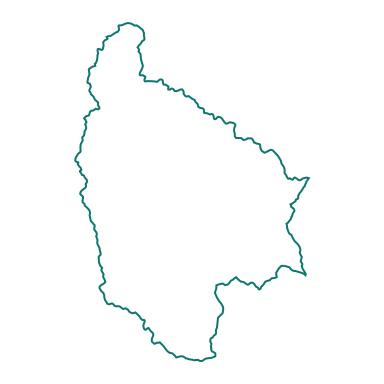 Chincheros, Apurímac, Peru
{"feature_id": "86281439B64035093047752", "entity_name": "Chincheros", "entity_type": "district", "adm_level": 2, "iso_a3": "PER", "parent_name": "Peru", "parent_adm1": "Apurímac", "projection": "albers", "projection_center": [-73.672, -13.454], "detail": "fine", "context": "isolated", "style": "outline", "palette": "teal", "viewbox_px": 384, "rotation_deg": 0, "n_neighbors": 0, "source": "geoboundaries", "source_scale": "gbopen_adm2", "svg_char_len": 5891}
<svg xmlns="http://www.w3.org/2000/svg" viewBox="0 0 384 384"><path d="M308.8,178.1L306.8,177.6L305.0,177.9L302.5,178.6L300.8,180.0L299.4,180.3L298.4,180.0L296.9,178.7L294.8,177.5L293.9,178.0L293.0,179.4L292.2,179.7L289.7,178.3L288.4,178.8L287.8,178.5L286.2,175.3L284.7,173.3L284.5,172.3L284.7,170.1L284.1,167.7L283.0,165.5L281.3,163.2L281.1,161.3L280.4,159.9L277.9,155.8L272.9,150.5L271.6,149.9L270.6,149.8L265.5,152.4L264.5,152.7L261.9,151.0L261.3,150.2L260.4,147.8L260.2,145.2L259.8,144.4L259.1,144.0L256.3,143.5L255.2,142.7L254.2,142.7L252.9,139.8L251.8,138.6L250.8,138.3L247.7,138.3L246.2,139.4L243.6,140.0L243.1,139.8L241.3,138.1L235.9,137.9L234.8,136.1L234.8,133.7L234.0,130.8L234.3,128.0L235.4,125.2L235.2,124.5L234.3,123.5L232.5,122.7L229.8,122.3L226.7,123.7L226.1,123.7L224.4,122.2L221.9,118.4L220.0,117.1L218.2,116.8L217.5,117.1L215.8,119.0L214.6,119.2L214.0,118.6L213.4,115.3L212.4,114.2L211.5,113.9L210.0,114.5L207.1,113.3L204.3,112.9L203.9,112.0L204.0,110.2L203.3,108.7L202.4,108.3L200.2,108.0L198.2,106.6L197.6,104.0L195.4,101.8L194.6,99.9L192.3,98.9L188.7,96.1L186.6,96.6L185.2,95.9L183.7,93.9L183.7,92.2L183.3,90.9L182.2,89.4L180.8,89.4L178.2,90.6L176.3,91.2L174.6,91.0L173.0,88.9L172.0,88.5L171.4,88.6L169.9,89.6L168.4,89.6L168.1,89.0L168.5,86.6L165.4,84.6L163.7,84.6L163.0,83.3L162.8,80.9L162.2,79.8L161.6,79.5L160.8,79.4L159.6,79.7L157.0,81.9L154.7,81.4L151.2,81.2L146.9,81.1L145.6,81.5L144.8,81.3L144.5,80.6L144.4,79.5L145.3,77.4L145.3,76.7L142.8,75.2L140.3,75.3L139.7,74.8L139.9,72.8L141.9,69.0L142.9,66.0L140.9,59.0L140.5,54.0L138.5,51.5L139.1,50.1L138.7,48.9L137.6,47.4L138.8,45.5L139.9,44.6L141.0,43.2L142.1,41.2L143.8,40.2L144.4,39.3L144.3,37.0L143.9,35.5L144.0,33.3L142.8,30.1L139.0,26.9L136.7,25.4L134.3,25.6L133.3,24.7L131.0,23.6L128.0,23.0L125.6,23.6L121.6,25.3L119.0,25.4L118.4,26.3L118.9,28.0L119.0,29.8L117.9,31.7L115.8,32.5L110.6,35.9L108.1,36.3L106.6,36.9L107.5,38.7L107.3,39.1L104.5,40.5L103.2,42.2L103.6,45.8L102.8,49.0L102.4,49.7L101.7,49.9L98.4,48.8L97.8,49.1L97.5,50.3L98.1,53.4L97.4,55.5L97.5,56.6L96.9,60.7L95.7,63.2L94.8,63.9L95.3,65.8L94.5,66.2L92.8,66.5L89.2,68.8L88.8,69.4L89.5,74.4L88.1,77.9L87.4,82.2L87.7,82.9L89.8,83.7L90.7,86.0L90.8,86.9L89.3,90.2L89.5,91.3L90.5,92.5L90.9,94.2L93.4,96.5L94.9,99.6L98.1,102.5L98.1,105.5L99.4,107.5L99.3,108.4L98.8,109.1L98.1,109.3L97.4,109.3L95.7,108.7L93.5,110.4L90.9,110.9L89.9,112.1L89.1,115.2L87.9,115.8L86.3,116.1L84.1,118.3L85.5,119.9L85.7,120.9L86.3,121.5L86.5,122.1L85.2,124.3L86.1,126.9L86.1,128.5L85.6,129.8L84.4,131.6L84.5,133.2L84.0,135.5L82.2,137.4L82.7,140.6L80.7,144.3L80.4,147.4L80.6,151.1L80.2,152.1L78.1,153.8L76.5,156.4L75.5,158.5L75.2,160.5L75.8,161.5L78.3,162.4L78.4,162.8L77.8,163.6L77.7,164.1L79.1,166.2L80.5,167.6L81.4,169.9L81.2,170.4L80.0,170.9L80.0,171.8L81.2,173.3L81.9,174.9L83.4,175.2L84.0,175.7L84.7,177.4L86.9,180.1L87.0,182.0L85.7,183.9L85.6,184.5L86.1,185.6L85.9,187.0L85.0,188.1L82.2,190.1L80.7,191.8L80.2,193.7L80.5,194.3L83.0,196.7L83.0,197.9L82.5,200.7L82.7,202.3L84.5,204.0L84.8,205.5L85.4,206.2L87.6,208.2L89.4,210.3L90.1,212.9L89.6,215.2L90.5,219.4L91.2,221.4L92.8,222.9L93.3,223.8L94.6,225.2L94.7,226.1L94.2,228.4L94.3,229.6L96.4,232.4L96.8,233.7L96.7,235.0L96.2,236.5L97.5,239.9L97.2,242.7L97.6,244.4L99.5,248.0L99.7,249.9L100.7,253.5L100.5,254.9L98.9,256.4L98.7,257.0L98.9,261.7L100.0,265.3L102.2,268.1L101.5,269.3L101.4,270.5L103.3,273.7L103.6,274.9L103.2,275.8L103.2,277.1L104.8,280.1L105.3,282.0L103.9,283.6L101.7,284.7L99.9,286.3L99.5,287.0L99.6,288.4L101.3,291.1L103.4,293.0L104.2,295.2L104.3,297.4L105.0,299.9L107.6,303.9L109.4,304.3L111.8,303.4L112.9,303.8L114.8,306.0L116.5,306.3L118.6,306.2L120.0,306.6L122.8,308.9L123.2,309.0L125.4,308.3L126.0,308.5L128.0,309.7L129.2,311.7L131.5,313.0L133.5,313.2L135.3,312.4L139.0,315.7L141.0,318.8L142.1,319.8L142.9,320.1L143.9,319.9L144.5,320.3L144.8,321.1L143.4,325.2L143.4,326.4L144.0,328.6L145.2,329.8L145.7,329.8L147.5,328.3L148.3,328.0L148.6,328.1L150.8,331.2L152.5,332.7L153.1,333.8L153.3,335.4L152.0,338.4L151.8,339.8L151.8,341.2L152.1,341.8L154.4,343.8L155.4,343.5L156.9,342.7L158.2,342.8L159.8,342.3L163.3,345.9L166.8,350.6L169.3,352.7L171.7,353.2L172.9,353.8L175.5,356.3L176.2,357.5L180.3,356.3L182.5,356.3L184.7,357.4L185.7,358.4L186.8,358.4L189.1,359.3L192.3,359.7L193.4,360.2L198.1,359.9L199.7,360.9L202.1,361.0L205.7,358.6L212.0,357.7L215.3,356.3L215.4,353.6L214.9,352.9L211.9,351.3L211.3,350.0L211.0,349.0L211.4,348.0L210.9,346.9L211.4,343.9L210.2,341.3L210.4,339.2L211.1,338.2L212.7,337.4L213.8,335.6L215.7,334.3L216.1,332.6L215.9,330.3L217.0,327.5L218.0,317.7L222.6,313.2L223.2,309.4L223.1,307.2L222.6,306.1L221.4,303.9L219.1,301.1L216.8,297.3L214.9,292.7L216.3,288.5L216.4,285.3L220.0,284.0L222.0,283.7L223.1,283.7L225.0,285.1L226.6,284.9L228.5,284.0L230.9,280.7L232.9,279.7L234.2,278.4L235.8,277.7L236.1,277.2L238.4,279.6L240.8,281.6L243.3,281.9L247.2,284.5L248.1,284.7L249.2,284.0L249.8,283.3L251.5,282.6L252.8,282.8L254.1,283.8L255.9,286.5L258.1,287.8L258.6,289.2L259.3,289.4L260.5,288.7L261.2,287.0L263.5,284.5L265.4,281.6L268.1,280.6L269.7,280.4L270.8,279.0L271.9,278.3L274.7,278.0L276.7,277.2L276.5,275.2L276.1,274.3L276.2,272.8L278.7,268.6L280.8,266.4L281.6,265.9L284.2,265.9L288.9,267.1L289.6,267.4L290.6,269.0L292.2,270.2L293.4,270.8L295.7,271.1L301.1,272.7L303.9,273.8L305.4,275.2L305.7,273.8L302.5,268.5L301.7,265.9L302.3,264.8L302.2,263.7L300.7,261.3L301.8,257.0L300.6,254.9L299.7,252.4L300.2,251.1L300.4,249.3L299.8,247.3L297.8,244.2L294.6,241.1L292.3,237.2L291.4,234.9L289.4,233.6L288.5,232.0L287.0,227.5L287.1,226.2L286.5,223.7L287.7,223.0L290.7,219.2L291.3,217.2L292.1,216.1L292.8,213.4L294.4,211.1L294.4,210.5L293.7,208.7L291.2,206.9L291.2,206.0L290.5,204.3L291.9,203.8L295.6,201.1L295.9,199.7L296.3,199.3L297.7,198.9L298.2,197.8L298.3,195.4L299.0,194.5L299.4,193.4L301.8,190.5L303.7,187.1L304.4,186.7L306.4,181.8L308.8,178.1Z" fill="none" stroke="#0f766e" stroke-width="2"/></svg>